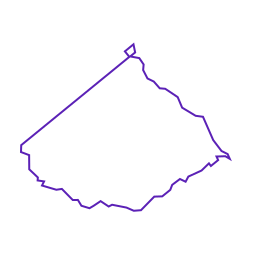 outline of Telfair, Georgia, United States of America, rotated 6°
{"feature_id": "52423323B57520474770079", "entity_name": "Telfair", "entity_type": "district", "adm_level": 2, "iso_a3": "USA", "parent_name": "United States of America", "parent_adm1": "Georgia", "projection": "robinson", "projection_center": [-82.902, 31.964], "detail": "fine", "context": "isolated", "style": "outline", "palette": "violet", "viewbox_px": 256, "rotation_deg": 6, "n_neighbors": 0, "source": "geoboundaries", "source_scale": "gbopen_adm2", "svg_char_len": 796}
<svg xmlns="http://www.w3.org/2000/svg" viewBox="0 0 256 256"><g transform="rotate(6 128 128)"><path d="M34.1,179.4L43.5,186.6L43.6,189.6L50.1,189.9L48.5,194.2L63.2,196.9L68.6,195.5L80.6,205.4L85.7,204.8L89.8,210.2L98.1,211.8L101.9,209.0L108.4,203.6L117.0,208.1L120.2,206.0L134.8,207.3L142.4,209.7L149.5,208.4L161.3,193.5L169.2,192.4L176.5,185.1L177.9,179.9L185.0,173.3L190.9,175.4L193.1,170.0L205.6,162.6L212.2,154.7L214.4,157.1L221.0,150.5L219.0,147.1L227.7,145.9L232.4,148.0L229.8,143.5L223.4,141.1L214.0,131.1L201.4,109.0L194.0,108.8L179.7,102.1L174.2,92.1L160.9,85.1L155.4,85.2L148.8,79.1L142.2,76.7L137.0,68.8L136.9,63.2L131.9,57.3L122.7,56.6L127.2,52.1L124.7,44.2L116.9,52.1L121.9,57.1L23.6,156.2L24.1,163.1L32.5,165.3L34.1,179.4Z" fill="none" stroke="#5b21b6" stroke-width="2"/></g></svg>